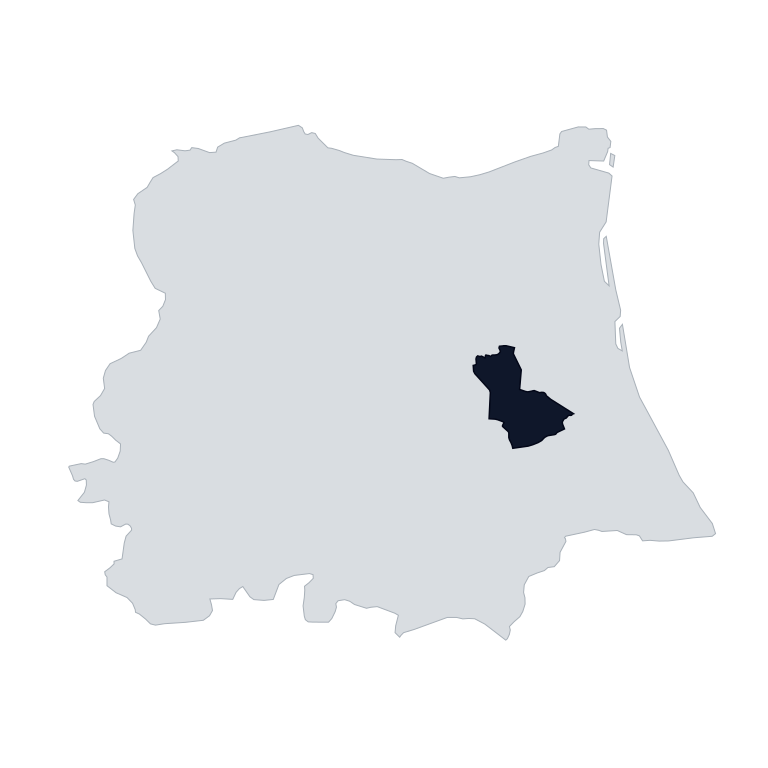 Fromager on a map of Ivory Coast (Natural Earth projection), rotated 266°
{"feature_id": "CIV-3445", "entity_name": "Fromager", "entity_type": "Region", "adm_level": 1, "iso_a3": "CIV", "parent_name": "Ivory Coast", "parent_adm1": "", "projection": "natural_earth1", "projection_center": [-5.843, 6.159], "detail": "fine", "context": "in_parent", "style": "filled", "palette": "ink", "viewbox_px": 768, "rotation_deg": 266, "n_neighbors": 0, "source": "natural_earth", "source_scale": "10m", "svg_char_len": 5113}
<svg xmlns="http://www.w3.org/2000/svg" viewBox="0 0 768 768"><g transform="rotate(266 384 384)"><path d="M173.6,120.2L176.2,120.1L182.8,117.9L188.9,112.8L194.5,102.1L202.1,93.6L210.7,94.2L213.2,92.6L216.2,92.3L219.8,97.9L223.4,102.2L226.0,102.3L227.8,110.5L243.5,113.8L250.2,116.1L255.8,122.0L257.7,122.1L260.1,120.9L262.0,118.8L262.3,116.6L259.9,111.2L261.0,106.4L263.5,102.1L267.5,101.8L273.6,100.6L280.6,100.6L285.7,101.4L287.8,97.1L285.9,85.0L286.4,78.4L287.2,72.8L289.1,70.5L296.9,77.6L303.9,80.1L309.0,80.3L310.4,79.0L308.3,71.3L308.8,69.0L310.7,67.6L314.1,66.9L323.1,63.7L324.0,64.3L325.7,76.4L324.9,80.4L326.8,88.6L329.2,96.3L329.0,99.4L327.1,104.1L324.8,108.5L325.0,110.2L328.6,113.2L335.5,116.2L342.6,117.0L346.6,112.5L350.7,108.9L353.6,105.6L354.6,100.9L359.1,97.4L372.0,93.0L383.9,92.3L386.8,93.7L392.2,100.4L399.0,105.0L409.4,104.4L416.9,107.1L423.4,112.2L427.8,123.6L432.5,131.9L434.6,143.6L442.2,149.7L448.1,152.5L456.1,161.0L464.4,165.3L473.0,164.4L477.0,168.8L483.4,171.9L489.8,172.2L495.4,162.4L502.8,158.5L521.6,150.7L529.0,147.1L536.6,144.9L554.7,144.2L571.5,146.6L579.9,148.4L585.6,147.1L591.0,151.7L596.7,161.5L601.3,164.6L606.0,168.0L609.4,175.7L613.5,183.3L615.8,186.7L620.8,194.3L625.2,194.4L629.4,191.1L631.3,188.7L632.1,193.7L630.5,201.8L630.8,206.8L633.2,208.7L631.9,215.1L627.0,226.1L627.0,232.6L631.9,234.6L635.4,241.5L637.6,253.2L639.7,257.2L639.9,259.6L643.5,288.1L648.0,316.7L645.2,320.4L641.4,321.5L638.9,322.8L638.2,325.5L639.8,329.4L638.7,332.9L633.9,335.4L623.5,344.5L622.8,348.1L620.0,355.8L617.7,360.5L614.3,369.3L608.9,392.5L606.9,411.7L606.7,417.6L604.6,421.7L602.2,427.6L590.8,444.1L585.1,457.5L585.8,463.4L586.1,469.2L584.4,473.5L584.7,484.8L586.1,494.3L588.2,503.6L596.4,530.0L600.8,546.0L603.4,559.0L605.8,567.6L608.0,571.2L608.9,574.5L621.2,576.9L623.5,578.8L626.9,595.7L626.3,603.3L623.9,606.1L624.0,612.6L623.5,620.6L621.7,623.7L614.8,624.1L610.2,627.2L604.1,626.0L603.5,624.0L600.2,623.3L591.1,618.7L592.6,604.1L588.4,603.5L585.1,605.4L578.7,623.0L575.6,626.0L530.2,616.9L520.4,609.7L508.6,608.0L488.0,608.8L471.1,611.0L466.2,615.4L509.0,612.8L513.6,613.3L515.8,616.0L461.6,621.8L441.0,625.2L434.9,624.3L430.2,618.7L407.8,618.0L403.2,619.8L400.4,624.0L409.2,623.1L423.2,622.8L426.9,626.0L383.3,630.1L353.1,638.0L340.2,643.9L298.0,663.0L272.3,672.1L265.5,675.4L253.8,684.9L238.8,690.8L221.9,701.8L211.6,704.3L209.2,700.8L209.0,682.1L207.6,657.0L208.1,647.5L209.5,638.5L209.5,631.0L214.7,628.2L216.0,625.1L216.8,615.4L221.6,606.5L221.7,591.1L223.1,587.9L224.2,583.8L222.2,573.7L219.5,554.6L218.2,553.3L217.0,554.2L214.3,554.5L203.8,547.9L195.6,546.8L189.9,541.1L189.5,534.7L186.7,531.0L184.8,523.6L181.9,515.0L173.9,509.9L166.3,508.7L160.9,509.7L154.6,509.4L147.4,506.6L142.4,503.3L137.7,497.1L133.3,492.2L129.8,492.8L125.5,491.6L121.3,489.3L120.0,487.6L137.5,467.8L143.5,458.1L144.2,452.2L144.2,446.2L146.1,440.1L146.7,430.7L137.0,396.8L134.6,386.2L131.9,383.2L130.3,382.0L135.2,377.7L142.0,378.8L152.3,382.2L154.6,378.8L162.4,361.7L162.2,355.3L161.5,350.9L166.1,339.2L169.7,334.6L171.6,329.7L171.0,323.1L168.3,320.6L164.7,321.0L160.3,319.4L153.7,315.6L150.3,312.1L151.4,296.6L152.0,291.8L154.4,289.1L158.0,288.3L168.3,287.8L176.6,289.6L183.9,290.6L187.8,290.6L190.9,295.2L195.1,299.9L198.8,299.9L200.1,296.4L199.3,281.1L196.8,273.0L191.3,265.2L176.8,258.5L176.5,249.2L178.0,239.1L181.1,235.4L191.8,229.0L190.0,225.5L186.5,221.9L179.7,218.1L181.3,206.1L181.7,195.3L175.9,196.5L170.0,197.1L165.0,193.8L160.9,187.3L160.1,169.2L160.2,148.4L159.4,139.2L161.0,134.3L166.1,129.8L171.6,123.9L173.6,120.2ZM598.2,626.2L595.8,630.2L584.4,627.7L587.1,624.3L598.2,626.2Z" fill="#d9dde1" stroke="#a8b0b8" stroke-width="1"/><path d="M390.5,474.3L396.3,474.3L396.4,475.0L396.8,476.9L397.7,477.6L402.5,477.5L404.4,478.1L405.5,479.4L404.7,481.6L405.0,483.2L404.2,484.6L403.0,486.5L404.4,487.1L405.5,487.3L405.8,487.7L405.3,489.2L405.1,490.4L404.9,490.9L404.4,491.5L404.1,492.3L404.5,492.9L405.0,493.4L405.3,494.0L405.2,496.7L405.3,498.6L405.9,500.2L407.4,501.9L408.8,502.4L411.9,501.2L413.6,501.8L413.7,505.3L413.8,505.9L413.6,508.6L411.1,516.7L407.1,515.5L405.2,515.1L388.5,521.9L369.1,518.9L366.7,524.6L366.1,526.8L366.5,530.4L366.9,532.5L366.9,533.5L364.5,538.6L364.7,540.4L364.5,542.3L364.2,543.0L363.7,543.7L362.6,544.6L361.8,544.9L361.1,545.0L357.1,549.2L341.1,571.0L340.8,569.9L340.6,569.5L340.2,569.3L339.8,569.0L339.7,568.3L339.7,567.7L339.9,566.6L339.8,566.1L339.6,565.7L339.3,565.3L337.4,563.5L336.7,561.6L336.4,561.0L334.3,559.6L333.7,559.2L331.6,559.3L326.6,560.9L324.0,554.3L323.6,553.4L323.2,552.8L322.8,552.5L322.1,551.9L321.8,551.3L321.6,550.3L321.1,544.7L321.0,543.9L320.7,543.0L320.0,541.5L319.6,540.7L318.9,539.8L317.8,538.6L317.6,538.4L317.1,537.9L316.5,537.1L314.8,533.6L313.1,528.3L312.0,523.5L310.9,508.0L313.5,507.6L316.7,506.6L319.3,505.4L320.8,505.0L322.0,504.8L326.4,505.1L327.3,504.9L328.1,504.4L333.1,499.6L333.5,499.3L333.9,499.3L334.4,499.4L334.8,499.6L336.4,500.6L337.0,501.1L337.6,500.7L338.3,499.6L340.4,495.0L341.2,492.5L342.0,486.4L368.1,489.5L370.7,488.9L387.9,475.4L390.5,474.3Z" fill="#0f172a" stroke="#020617" stroke-width="1.5"/></g></svg>